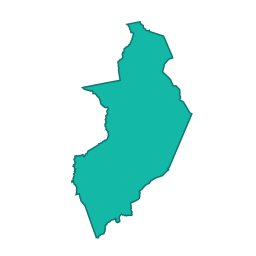 the district of Santa Luzia, Maranhão, Brazil, rotated 169°
{"feature_id": "56859067B91143147838323", "entity_name": "Santa Luzia", "entity_type": "district", "adm_level": 2, "iso_a3": "BRA", "parent_name": "Brazil", "parent_adm1": "Maranhão", "projection": "albers", "projection_center": [-45.858, -4.292], "detail": "fine", "context": "isolated", "style": "filled", "palette": "teal", "viewbox_px": 256, "rotation_deg": 169, "n_neighbors": 0, "source": "geoboundaries", "source_scale": "gbopen_adm2", "svg_char_len": 5896}
<svg xmlns="http://www.w3.org/2000/svg" viewBox="0 0 256 256"><g transform="rotate(169 128 128)"><path d="M191.6,72.6L188.5,72.7L188.0,65.3L184.9,59.6L183.8,51.9L182.8,45.0L180.0,26.5L179.3,26.2L178.7,26.0L177.9,26.0L177.9,27.0L177.3,27.4L176.6,27.7L176.2,28.0L175.6,28.1L175.1,28.6L174.3,28.8L173.5,28.8L172.6,28.8L171.9,28.9L171.4,29.5L171.0,30.5L170.4,31.0L170.3,31.8L169.7,32.6L169.5,33.4L169.5,34.6L169.3,35.3L169.0,35.8L168.8,36.7L168.1,36.9L167.3,37.5L166.8,38.4L165.7,39.1L165.0,39.2L164.5,39.4L163.6,39.5L163.2,40.1L161.9,40.7L161.0,40.8L160.1,40.9L159.0,41.0L158.2,41.0L157.4,41.6L157.2,40.7L157.5,40.0L157.6,39.3L157.5,38.6L157.4,37.8L156.1,37.2L154.6,37.5L153.8,38.2L153.7,39.3L154.0,40.3L153.9,41.2L153.7,41.8L153.4,42.6L152.9,43.1L152.5,43.6L151.9,44.0L151.4,44.3L150.9,44.6L150.3,44.0L149.8,43.6L149.1,43.5L148.5,43.3L147.8,42.6L147.0,42.9L146.5,42.1L145.8,42.2L145.2,42.3L144.2,42.1L143.5,42.1L143.0,41.9L142.3,41.8L141.5,41.6L140.5,42.0L140.5,42.9L140.8,43.6L140.4,44.3L140.0,45.0L140.6,45.9L140.8,47.0L140.6,47.7L140.2,48.4L140.0,49.0L140.3,49.6L139.8,50.7L140.0,51.8L139.9,52.8L139.5,53.7L138.8,54.3L137.9,54.2L137.1,54.4L136.6,54.7L135.9,54.6L135.3,54.7L134.5,55.3L133.7,55.1L133.0,55.7L132.4,55.8L131.6,56.0L131.1,56.4L130.5,56.7L130.0,57.4L129.4,59.1L129.7,60.0L129.1,60.7L128.7,61.4L128.5,62.3L129.0,63.1L129.0,63.7L128.1,64.1L127.1,64.7L126.5,65.0L125.9,65.2L125.3,66.0L124.4,66.5L122.1,68.3L121.0,68.9L120.2,69.2L118.9,69.4L118.1,69.5L117.3,70.1L116.8,70.7L115.9,71.6L114.8,72.1L113.5,72.6L112.7,72.9L112.0,73.2L109.1,74.0L106.6,74.2L104.4,74.5L103.0,74.9L97.1,79.0L96.6,78.9L96.1,79.2L96.4,79.9L96.5,80.8L95.9,80.9L95.3,81.2L85.4,95.9L73.8,113.1L62.6,129.7L63.0,130.0L63.5,130.3L64.2,130.7L64.6,131.6L66.0,135.5L66.6,137.3L67.2,139.1L67.6,140.1L67.8,140.7L68.6,142.8L69.8,144.0L71.1,144.8L71.4,145.3L71.7,145.8L71.6,146.4L71.4,146.9L70.9,147.4L70.5,148.0L70.7,149.3L70.9,151.2L70.6,151.6L70.4,152.2L70.1,155.1L70.0,155.8L72.8,160.2L75.4,160.5L76.8,165.8L76.9,167.0L77.2,167.8L78.0,168.9L81.0,173.2L81.6,174.0L81.9,174.4L82.3,174.9L83.4,176.7L82.4,178.4L81.9,179.7L81.1,181.0L80.8,182.3L80.0,183.9L79.0,184.7L74.5,188.0L71.8,188.1L70.8,188.3L71.1,190.7L71.6,193.0L71.9,194.5L72.1,195.3L72.2,195.8L73.3,200.8L73.5,202.0L73.7,202.7L73.8,203.4L74.0,204.0L74.3,205.8L75.6,211.3L77.1,212.3L79.2,213.4L81.5,214.7L83.0,215.6L84.8,216.5L86.7,217.6L88.4,218.4L88.4,218.9L88.4,219.7L89.2,219.6L90.6,219.9L91.3,220.2L91.9,220.9L92.2,221.8L92.9,222.2L93.4,222.6L93.6,224.1L93.6,225.8L94.1,226.1L94.8,226.7L94.9,227.3L95.5,227.5L96.0,229.2L96.0,230.0L109.1,229.9L108.5,229.3L108.3,228.7L108.1,228.0L107.4,227.0L107.4,225.5L107.4,224.7L107.0,223.7L106.8,223.2L107.0,221.8L106.7,221.0L105.6,221.0L104.7,220.0L104.7,219.5L104.9,218.7L105.2,218.2L105.7,217.2L106.5,215.9L106.8,215.3L107.0,214.8L107.1,214.1L107.7,213.6L108.1,213.0L108.5,212.2L109.1,211.4L109.6,211.0L109.8,210.4L109.9,209.7L110.6,209.6L111.3,209.4L112.4,208.1L113.3,208.1L114.0,208.0L114.5,207.6L115.1,207.1L116.1,206.9L116.6,206.4L116.8,205.8L117.1,204.7L117.4,204.0L117.5,203.3L118.1,202.8L118.7,203.1L118.8,202.6L119.3,202.1L119.7,201.3L119.5,200.1L119.4,199.3L119.5,198.6L119.8,198.0L120.2,197.6L120.7,197.3L121.4,196.7L121.9,196.7L122.7,196.6L123.3,196.3L123.8,195.6L124.9,195.2L125.3,194.5L125.4,193.9L125.3,192.7L125.4,191.9L125.5,191.1L125.6,190.6L125.8,190.0L125.6,189.0L125.6,188.1L126.1,187.5L126.2,186.7L126.4,183.9L126.5,179.4L126.6,176.3L141.3,176.4L143.7,176.4L163.9,176.4L164.9,176.4L164.2,175.3L163.6,174.6L163.0,174.2L162.4,173.8L161.8,173.5L161.2,173.4L160.3,172.8L159.6,172.5L159.0,172.2L158.4,172.0L157.8,171.4L157.2,171.4L156.6,171.4L155.8,171.1L155.5,170.2L155.6,169.4L155.8,168.5L154.9,168.3L154.0,168.2L153.6,167.9L153.4,167.3L152.7,166.9L152.5,166.5L152.4,165.8L152.1,165.2L151.9,164.5L151.3,164.1L150.7,163.7L150.7,162.9L150.4,162.4L150.4,161.7L150.3,160.9L150.1,160.4L150.0,159.7L150.0,158.9L150.2,158.3L150.1,157.6L150.0,157.0L149.6,156.1L149.1,155.5L148.6,155.2L148.3,154.3L147.7,153.9L147.5,153.4L147.2,152.9L146.6,152.8L146.0,152.2L144.7,152.2L144.1,152.2L143.7,151.5L143.7,150.6L144.0,150.1L144.5,149.8L144.9,149.2L145.3,148.9L145.6,148.5L145.7,147.9L145.5,147.3L145.4,146.7L145.3,145.7L145.8,145.2L147.1,144.6L147.6,143.9L147.4,143.1L147.3,142.4L147.6,141.8L147.9,141.3L148.6,140.7L148.3,139.9L148.6,139.3L148.4,138.7L148.0,138.2L148.1,137.7L148.8,137.4L149.1,136.7L149.8,136.2L150.0,135.6L150.0,135.0L150.0,134.4L150.1,133.8L149.6,133.2L149.6,132.4L149.3,131.6L149.5,131.0L149.9,130.7L149.5,130.2L149.1,129.5L148.7,128.9L148.3,128.2L148.6,127.8L148.5,127.1L148.3,126.2L148.4,125.4L148.6,124.8L148.8,124.1L149.0,123.5L149.2,123.1L149.7,122.6L150.0,121.8L150.8,120.9L151.3,120.5L152.1,120.2L152.8,120.5L153.4,120.0L154.0,119.5L154.7,119.7L155.4,119.5L155.7,118.9L156.4,118.5L157.1,118.3L157.7,118.4L158.6,118.1L159.5,118.1L160.0,117.6L160.4,117.2L160.8,116.7L162.3,116.3L169.4,113.7L171.7,112.9L172.2,112.3L172.7,111.3L173.4,110.7L173.9,110.7L174.6,110.4L174.8,109.9L175.3,109.4L175.8,108.8L176.1,108.4L176.8,108.3L177.0,109.1L176.9,109.7L177.4,110.0L177.5,110.5L178.3,110.2L179.0,110.2L179.7,109.9L180.4,109.9L181.0,110.0L181.4,110.3L182.2,110.0L183.1,110.2L183.8,110.7L184.7,110.6L185.5,110.4L185.5,109.4L186.0,108.9L186.3,107.8L187.0,107.6L186.7,106.4L186.6,104.7L186.4,104.3L186.1,103.7L186.9,103.2L187.9,102.4L188.5,102.2L189.1,100.9L188.1,100.5L188.2,99.7L188.1,98.5L187.3,98.0L187.7,97.4L188.4,97.0L188.2,96.3L188.8,95.7L188.2,95.3L188.0,94.9L188.8,94.3L189.8,93.6L190.2,93.2L189.8,92.8L189.7,92.3L189.9,91.6L190.1,91.0L191.2,89.5L191.6,88.9L191.6,87.6L191.9,86.9L192.8,86.9L193.3,86.7L193.4,86.1L193.3,85.5L192.8,85.8L192.1,85.9L191.8,85.1L191.6,83.9L191.6,83.2L190.9,82.5L190.4,82.4L190.5,81.6L190.1,81.0L189.8,80.0L189.9,79.3L189.5,78.7L190.2,77.6L190.4,75.7L190.7,75.1L190.9,74.3L191.2,73.8L191.0,73.3L191.6,72.6Z" fill="#14b8a6" stroke="#0f766e" stroke-width="1.5"/></g></svg>